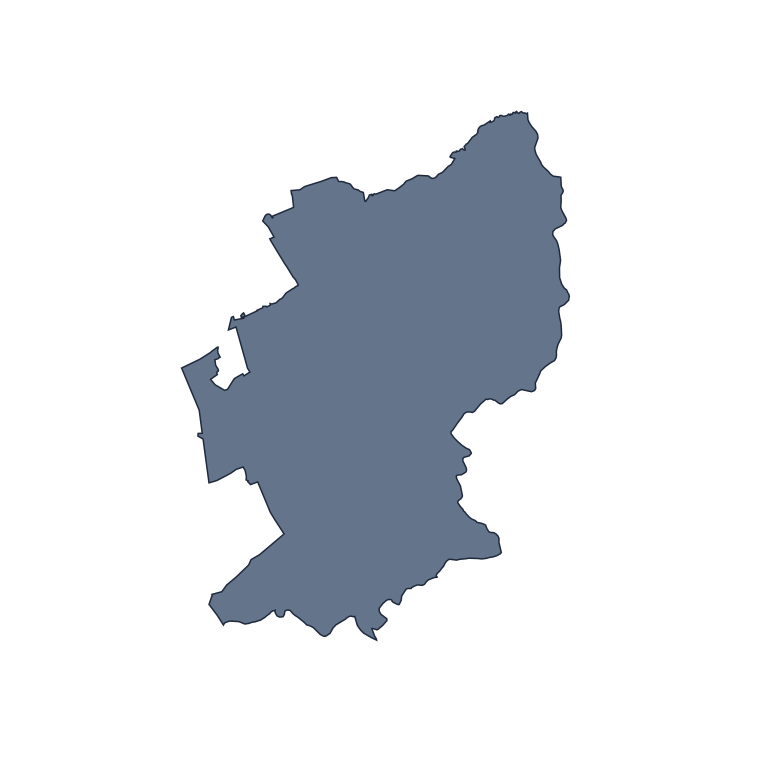 outline of Tonalá, Jalisco, Mexico, rotated 58°
{"feature_id": "50627088B51379954961865", "entity_name": "Tonalá", "entity_type": "district", "adm_level": 2, "iso_a3": "MEX", "parent_name": "Mexico", "parent_adm1": "Jalisco", "projection": "orthographic", "projection_center": [-103.228, 20.618], "detail": "fine", "context": "isolated", "style": "filled", "palette": "slate", "viewbox_px": 768, "rotation_deg": 58, "n_neighbors": 0, "source": "geoboundaries", "source_scale": "gbopen_adm2", "svg_char_len": 6170}
<svg xmlns="http://www.w3.org/2000/svg" viewBox="0 0 768 768"><g transform="rotate(58 384 384)"><path d="M183.6,314.7L181.1,319.3L178.9,329.9L174.7,345.8L174.5,348.0L174.8,351.6L174.3,353.4L170.7,360.3L173.7,361.7L176.0,362.1L186.0,366.9L186.1,368.5L182.5,390.0L183.9,389.9L184.1,390.5L183.6,390.8L181.7,390.6L180.0,390.8L178.4,392.2L178.1,393.3L178.1,394.8L179.0,396.7L181.5,400.5L189.2,398.9L201.1,399.4L200.4,403.9L202.0,403.9L202.0,404.1L229.2,404.5L232.8,404.3L245.3,404.4L248.7,403.8L254.6,404.2L254.9,405.2L254.7,406.0L254.7,408.4L255.0,408.7L254.8,411.2L254.9,417.8L255.1,419.3L257.1,424.4L257.3,426.3L257.0,427.5L258.0,433.0L257.5,433.9L257.0,436.0L256.5,437.0L255.4,438.0L256.9,438.7L256.5,442.7L255.7,442.7L253.9,445.5L255.1,446.5L254.2,452.5L254.8,452.5L253.1,466.2L251.3,465.4L249.3,465.4L249.4,466.9L250.2,469.2L251.9,469.7L252.5,467.6L253.9,468.1L250.4,477.0L247.0,476.0L246.6,478.0L255.7,487.3L257.3,479.3L298.4,491.4L302.8,491.4L302.9,498.5L300.5,498.4L300.1,506.8L300.3,508.5L305.6,519.5L304.9,522.5L295.3,527.6L288.1,528.6L287.7,520.4L286.8,520.4L285.2,519.0L285.3,517.7L284.0,516.9L278.8,516.8L273.8,514.5L274.6,511.4L274.5,510.7L274.2,510.3L274.5,508.8L269.5,508.3L266.9,507.0L265.6,505.5L264.6,505.3L264.5,506.6L265.0,513.0L265.3,514.5L265.4,527.2L263.2,547.2L308.3,554.6L329.5,564.3L327.4,567.8L329.6,569.4L334.8,566.6L375.1,584.8L377.3,576.9L378.2,565.3L378.4,560.8L378.1,554.4L379.8,547.4L381.7,547.6L383.3,547.5L388.3,549.2L390.0,550.1L392.3,551.8L393.9,550.5L394.5,551.3L398.6,550.5L400.1,543.0L432.6,548.4L440.8,548.5L458.2,548.2L462.8,579.9L462.5,589.8L465.8,594.7L469.4,611.8L471.1,624.0L474.2,631.6L471.3,641.2L471.6,641.1L478.2,649.2L491.7,648.0L503.3,647.9L502.3,646.0L502.2,645.3L503.0,641.2L504.0,639.4L508.7,632.9L513.8,629.2L515.4,625.5L516.2,622.0L517.2,619.9L518.8,613.9L518.8,608.7L518.3,605.7L518.2,602.7L517.4,600.4L517.5,598.3L518.2,597.3L518.2,596.2L519.3,597.1L520.8,597.5L524.0,597.6L526.2,596.2L527.4,594.1L527.8,592.8L526.7,590.7L524.2,588.5L524.1,586.8L524.4,585.8L526.2,583.6L529.5,583.1L532.6,582.3L536.2,580.6L542.9,578.3L545.3,577.6L547.1,577.4L550.0,574.8L553.2,573.0L562.6,570.8L565.7,569.0L567.0,567.2L566.9,562.0L563.8,556.3L562.8,552.3L563.0,541.4L562.6,539.7L562.7,536.5L563.2,535.2L565.6,532.7L565.7,532.0L574.0,534.4L576.5,534.5L580.6,534.2L584.4,533.3L592.0,529.3L597.3,526.0L596.1,525.6L592.6,525.5L585.0,523.9L585.3,523.1L588.6,520.4L588.9,519.2L588.1,513.3L586.2,506.9L584.6,506.0L577.6,508.6L574.4,508.5L571.7,507.0L569.6,501.4L568.9,497.5L568.9,495.0L570.4,492.4L571.6,492.0L572.8,492.3L574.2,491.8L577.6,489.7L578.9,488.5L579.0,487.8L576.4,483.9L573.2,481.4L569.7,473.9L570.0,472.3L571.8,469.3L571.3,468.5L571.5,465.0L572.1,462.2L575.1,458.1L575.3,455.8L574.0,452.4L573.6,450.1L574.8,443.9L576.0,441.4L575.5,441.2L574.6,441.5L573.9,441.1L572.9,439.4L572.2,436.1L570.9,432.7L570.2,430.2L568.2,426.9L567.3,424.5L567.1,421.9L568.1,420.3L571.8,415.8L572.9,412.4L575.4,407.5L576.8,404.2L581.8,396.8L584.0,394.0L585.5,391.0L587.1,386.2L588.4,383.2L589.4,379.2L589.6,375.6L589.1,373.8L579.3,370.5L575.9,368.3L573.2,367.9L570.8,368.4L568.8,369.3L567.8,370.2L566.5,372.1L565.0,373.3L561.3,373.4L557.6,372.6L556.3,373.2L553.7,375.2L550.5,378.6L549.6,378.5L547.7,379.3L544.8,381.3L541.9,382.3L537.7,383.1L535.5,383.2L533.9,383.8L531.9,383.5L528.5,384.2L523.5,384.3L522.5,383.2L522.2,382.1L522.1,379.8L521.5,378.1L520.5,376.8L511.0,373.2L503.3,372.6L500.5,371.7L500.1,370.1L502.0,366.5L502.1,361.7L501.5,360.3L500.2,359.3L498.1,358.6L491.2,357.9L489.1,356.8L488.6,354.8L490.1,349.9L489.1,346.7L488.0,346.4L484.9,346.3L482.2,348.2L477.3,350.4L471.9,352.0L467.0,353.1L461.9,353.5L459.9,352.4L459.6,350.4L456.1,342.4L453.4,335.3L451.7,332.0L451.5,329.0L452.8,326.5L455.0,324.1L455.1,321.7L452.1,312.7L450.9,305.4L452.1,304.4L452.6,302.1L454.0,300.6L455.5,299.8L456.6,298.5L460.6,297.1L462.4,296.0L463.3,294.0L462.1,287.4L461.7,283.2L462.3,278.8L461.1,274.3L461.5,270.4L468.7,263.0L469.3,259.8L468.2,257.7L463.4,255.2L458.0,246.8L455.9,244.1L454.7,237.8L454.3,231.8L454.5,227.1L453.1,224.3L451.2,222.6L447.9,220.7L445.4,218.5L442.6,215.4L438.9,209.4L436.7,207.5L428.4,202.8L424.1,200.9L421.7,200.2L415.2,197.5L412.6,195.5L411.7,193.9L412.2,188.9L410.8,183.0L407.7,180.3L405.7,179.7L403.3,179.7L401.1,179.3L398.2,180.3L393.6,180.4L386.9,178.7L378.4,173.6L372.8,168.8L363.2,164.4L357.3,162.4L353.7,161.7L349.5,162.0L346.6,161.8L344.2,159.9L343.2,156.6L344.1,148.7L343.6,146.9L343.5,145.1L342.0,142.5L339.8,141.8L332.7,141.4L330.6,141.2L327.5,140.3L323.2,137.1L317.7,133.8L316.5,131.2L315.4,129.8L313.9,129.2L311.0,129.1L309.8,128.6L302.3,124.5L297.3,130.4L294.0,131.7L290.8,132.0L284.8,133.7L281.8,134.1L279.0,133.6L270.1,133.3L265.7,132.1L263.3,130.9L257.2,123.2L253.8,121.5L250.3,121.2L243.7,122.3L238.7,122.3L236.0,121.8L230.3,118.8L230.1,120.1L228.8,120.9L227.8,122.5L225.8,123.1L225.6,124.4L226.1,126.0L224.8,126.9L223.0,127.2L223.0,127.8L224.0,128.8L223.5,129.5L222.6,129.8L222.2,130.8L223.2,132.1L223.1,132.5L222.3,133.3L223.0,134.1L222.8,134.7L221.4,135.0L221.1,135.5L221.6,136.9L221.0,139.4L219.9,141.3L218.7,141.9L218.0,142.8L217.8,143.8L218.5,144.5L218.4,145.9L217.0,146.7L217.0,149.0L217.4,149.2L217.5,149.7L218.3,150.1L219.1,151.7L218.5,155.2L217.2,154.5L217.4,162.0L216.8,163.8L216.6,165.7L216.8,166.9L217.6,168.7L218.9,170.2L220.3,171.1L221.3,173.1L221.6,178.6L224.2,185.4L224.3,186.7L224.1,187.0L225.3,190.4L227.2,190.6L228.5,191.1L228.5,191.6L227.7,192.3L225.9,192.8L225.9,193.8L225.4,194.9L226.2,196.1L226.3,197.3L224.7,199.2L225.6,200.0L224.5,201.5L224.2,202.7L224.5,203.9L226.1,207.5L226.9,207.6L230.3,204.5L233.5,210.6L233.5,214.5L235.5,222.2L235.0,226.6L236.2,230.9L236.0,232.6L235.3,234.0L234.4,234.8L231.0,236.2L225.3,244.2L224.9,245.3L224.8,251.7L223.7,257.6L224.1,259.2L225.0,261.3L225.7,268.3L225.8,271.9L225.6,272.8L221.0,278.3L218.7,290.1L217.6,291.4L217.5,292.8L218.3,293.4L218.0,294.3L216.6,294.0L216.0,296.2L218.0,299.2L219.4,302.8L219.0,303.3L218.2,303.1L210.8,300.1L210.3,300.2L208.2,302.1L205.6,303.1L203.0,305.8L200.5,306.4L197.1,306.6L196.0,307.0L193.1,309.8L191.6,310.7L190.0,312.4L188.7,314.5L188.0,315.1L183.6,314.7Z" fill="#64748b" stroke="#1e293b" stroke-width="1.5"/></g></svg>